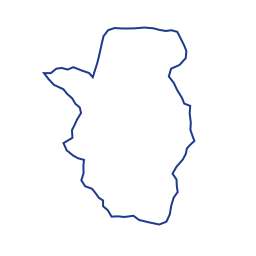 the district of Embu das Artes, São Paulo, Brazil, rotated 259°
{"feature_id": "56859067B44512508198046", "entity_name": "Embu das Artes", "entity_type": "district", "adm_level": 2, "iso_a3": "BRA", "parent_name": "Brazil", "parent_adm1": "São Paulo", "projection": "robinson", "projection_center": [-46.849, -23.649], "detail": "fine", "context": "isolated", "style": "outline", "palette": "blue", "viewbox_px": 256, "rotation_deg": 259, "n_neighbors": 0, "source": "geoboundaries", "source_scale": "gbopen_adm2", "svg_char_len": 1192}
<svg xmlns="http://www.w3.org/2000/svg" viewBox="0 0 256 256"><g transform="rotate(259 128 128)"><path d="M68.2,165.8L74.7,163.0L80.7,168.2L86.6,175.8L91.6,179.8L96.7,181.9L99.8,186.1L102.6,190.7L107.9,189.8L114.2,188.9L121.4,190.7L130.5,191.3L137.8,193.3L141.3,187.8L146.6,186.9L151.4,185.2L156.2,183.4L163.4,181.6L170.8,177.9L178.0,181.6L180.1,190.7L185.6,198.0L192.5,200.0L198.6,198.8L206.9,196.5L213.0,194.7L215.7,189.2L216.0,183.7L218.2,177.8L221.0,172.0L223.5,163.2L224.5,153.9L225.8,146.3L227.0,140.5L228.7,133.8L227.8,127.1L222.8,121.5L215.7,118.3L209.7,115.7L203.1,112.8L197.6,110.2L184.6,103.1L189.4,100.3L193.1,93.8L198.1,86.0L196.9,79.8L199.6,74.4L199.9,69.0L196.6,62.7L197.9,56.0L190.9,59.5L184.5,63.5L178.3,72.0L172.9,74.9L167.7,78.9L161.7,81.0L157.5,84.5L151.7,84.8L145.9,79.5L141.8,76.6L136.6,72.6L129.0,71.6L125.5,61.8L117.9,63.5L111.5,68.8L107.9,73.1L105.1,78.7L99.4,77.0L91.9,75.7L85.6,72.2L79.0,74.8L75.2,81.1L69.9,83.9L65.1,86.0L61.6,89.7L55.9,88.6L51.3,92.4L44.1,95.0L43.3,100.8L41.3,107.8L40.8,116.6L35.6,121.3L31.5,130.3L27.3,140.3L28.7,147.8L35.0,152.4L43.6,155.7L50.9,159.5L55.6,164.5L62.2,164.9L68.2,165.8Z" fill="none" stroke="#1e3a8a" stroke-width="2"/></g></svg>